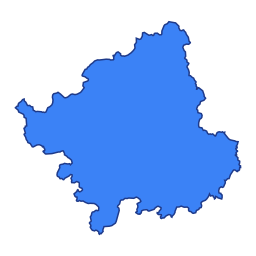 Ambohimahasoa, Haute Matsiatra, Madagascar
{"feature_id": "10022922B34392392155891", "entity_name": "Ambohimahasoa", "entity_type": "district", "adm_level": 2, "iso_a3": "MDG", "parent_name": "Madagascar", "parent_adm1": "Haute Matsiatra", "projection": "mercator", "projection_center": [47.173, -21.056], "detail": "fine", "context": "isolated", "style": "filled", "palette": "blue", "viewbox_px": 256, "rotation_deg": 0, "n_neighbors": 0, "source": "geoboundaries", "source_scale": "gbopen_adm2", "svg_char_len": 5797}
<svg xmlns="http://www.w3.org/2000/svg" viewBox="0 0 256 256"><path d="M204.1,95.0L202.7,90.8L198.7,87.7L198.1,87.8L197.0,89.2L196.6,89.2L196.9,87.0L196.1,86.1L196.2,84.8L195.4,83.5L196.0,82.1L195.9,81.6L194.7,80.5L193.6,78.1L192.1,77.3L190.4,75.7L189.0,75.5L189.2,72.3L188.5,69.8L187.0,67.0L187.2,65.9L188.4,64.5L188.8,63.3L187.0,62.0L186.9,60.4L186.6,59.7L184.8,58.5L184.7,57.9L185.7,56.3L185.4,51.9L184.1,50.5L182.8,47.4L183.6,45.3L186.4,44.1L188.7,44.3L190.3,42.8L190.3,42.4L189.1,41.3L188.3,37.2L186.3,34.3L185.6,32.3L184.4,31.2L183.8,30.1L183.2,29.9L181.7,30.7L180.1,30.4L178.8,27.9L178.9,26.2L175.6,22.9L168.9,21.7L167.3,23.7L164.9,24.7L164.1,25.6L161.9,31.0L161.8,34.0L161.1,34.8L159.4,34.8L157.4,33.2L155.2,33.2L154.4,33.5L153.7,35.2L153.0,35.6L151.6,34.6L149.0,35.3L144.3,32.4L142.6,32.9L142.3,36.2L140.8,39.0L139.4,39.4L136.3,38.2L136.4,42.4L134.6,44.7L135.0,47.8L134.7,48.7L133.3,50.6L131.1,52.8L127.9,55.1L124.5,56.3L123.9,55.9L123.1,56.1L121.4,55.8L120.6,55.1L120.6,53.8L118.1,51.9L116.4,52.6L114.8,55.1L113.1,55.5L113.1,56.0L114.0,56.6L113.6,57.8L113.8,59.2L113.3,59.8L110.6,60.0L109.6,59.4L106.2,59.2L99.5,60.0L97.5,59.9L94.6,61.0L93.0,62.7L90.4,64.6L89.0,66.5L87.6,67.3L86.8,69.0L85.1,69.4L82.3,74.5L82.1,75.6L82.4,76.0L85.1,76.8L87.0,78.3L87.9,78.5L88.4,79.5L88.2,80.5L87.6,81.0L83.4,82.5L82.9,85.9L84.2,87.7L81.3,91.6L80.4,92.5L77.1,94.2L75.0,94.6L72.4,94.0L70.9,94.4L67.5,97.2L65.4,97.8L64.3,97.6L60.4,94.0L58.0,92.3L56.7,93.1L53.8,93.7L52.7,95.0L52.4,97.2L53.0,100.0L52.7,102.8L51.9,104.8L50.0,106.6L47.8,107.7L46.0,111.9L45.5,112.2L44.4,112.5L43.6,112.1L42.3,112.3L41.6,111.8L37.5,111.4L35.7,111.7L34.4,110.7L33.3,110.3L32.7,106.9L31.1,106.7L29.7,105.4L27.9,105.6L27.4,105.3L25.8,102.2L24.3,100.9L24.1,99.0L22.6,99.6L21.1,101.5L19.0,102.9L18.2,104.2L18.1,106.0L16.8,106.3L15.4,107.8L18.2,110.2L18.7,112.0L23.1,114.1L24.0,115.2L24.1,117.3L26.1,118.3L26.7,125.9L25.3,126.2L25.2,127.5L24.0,128.3L25.4,133.2L24.1,134.2L24.2,134.7L25.7,137.3L26.3,139.6L27.5,141.1L27.7,142.2L28.1,142.7L30.2,143.5L32.3,146.8L33.3,146.9L36.9,145.0L39.2,144.7L41.8,145.7L42.5,146.9L43.5,146.5L44.3,148.6L44.8,149.1L44.8,150.2L44.3,150.9L43.4,150.9L43.1,151.6L45.4,153.9L46.0,154.0L52.0,153.6L58.4,152.0L60.1,152.0L60.8,151.4L62.9,150.8L63.4,151.1L64.5,153.5L64.5,154.8L66.8,156.2L67.9,157.5L69.4,158.3L71.5,160.2L72.2,163.0L70.4,164.8L69.6,163.7L67.9,164.0L64.4,163.4L63.4,164.0L60.5,164.6L59.7,165.2L59.5,166.1L59.8,167.7L57.3,172.8L57.0,174.8L57.2,175.7L57.5,176.3L59.1,177.1L60.1,178.7L61.9,178.5L63.1,179.6L63.7,179.7L64.9,178.2L69.0,176.0L70.6,174.5L72.0,174.8L72.2,176.1L71.0,178.3L71.8,180.2L71.5,181.7L71.7,182.6L74.5,182.8L76.7,181.5L79.0,182.5L79.3,183.3L79.2,186.8L80.2,187.7L81.8,188.2L82.4,189.3L82.4,190.1L80.7,191.5L79.6,191.8L78.5,191.1L78.3,190.1L77.8,189.7L77.3,190.1L76.8,191.5L74.0,193.9L75.0,196.3L75.8,197.0L77.0,197.1L77.0,199.2L76.4,200.2L76.7,201.0L78.0,201.3L79.6,200.5L80.9,201.2L83.1,201.0L85.4,202.4L88.2,203.5L90.2,203.3L94.2,203.5L96.1,204.5L98.5,206.8L98.8,207.8L98.5,210.4L97.4,210.7L96.6,210.3L95.5,210.5L94.2,211.7L92.4,212.1L91.8,213.0L91.3,215.4L90.3,216.9L91.2,220.7L91.0,221.5L89.8,222.3L89.4,223.0L90.6,224.8L90.9,226.1L90.4,226.6L90.3,227.4L91.7,229.6L92.4,230.3L94.6,230.9L95.7,230.2L97.0,230.5L98.8,232.0L98.9,233.7L99.5,234.3L100.8,233.3L101.2,233.6L103.1,231.4L102.8,230.0L104.0,226.6L109.4,226.2L111.8,225.6L115.4,223.1L116.2,221.4L119.2,210.5L118.9,208.2L117.5,207.0L117.7,205.9L119.6,203.9L120.4,200.7L121.2,200.0L123.1,199.9L124.9,198.4L127.2,198.5L128.7,198.0L133.8,198.3L136.3,197.1L137.8,197.7L139.1,198.8L139.6,198.9L140.9,201.2L140.3,202.0L137.2,203.6L137.1,204.2L137.7,205.1L137.9,207.1L136.9,209.4L137.2,211.4L135.9,212.2L135.8,212.6L138.1,214.1L140.0,214.2L140.1,213.5L141.2,213.0L141.6,210.8L143.5,210.0L146.4,209.7L147.6,210.1L147.7,210.6L148.9,211.1L154.2,209.3L155.1,208.0L157.3,206.4L158.4,206.3L160.8,207.5L161.1,207.9L160.8,209.4L159.3,211.0L158.8,212.3L158.2,212.7L157.2,212.6L157.2,213.4L158.3,214.5L161.3,214.7L161.4,215.7L160.4,216.9L160.7,218.1L161.4,218.5L162.7,217.9L164.0,218.0L166.2,215.8L168.9,214.5L170.8,215.1L171.1,216.7L171.9,217.2L172.2,216.2L174.0,214.3L175.0,212.4L175.0,211.4L176.7,207.1L179.3,206.9L181.2,206.1L184.1,207.2L187.2,207.1L188.5,208.0L188.8,208.7L188.5,210.0L189.2,211.3L190.9,211.6L192.5,213.1L193.4,213.3L195.7,212.7L196.4,210.5L198.8,209.4L199.4,208.1L201.2,207.5L201.6,206.1L201.6,205.2L201.0,203.6L201.2,202.4L202.7,201.3L205.3,200.3L206.7,199.0L208.6,196.3L209.5,193.9L210.6,196.0L212.3,195.5L213.1,195.9L213.3,196.8L214.2,197.5L214.5,198.9L215.4,198.3L215.7,196.4L216.7,196.7L217.9,197.8L221.7,199.0L222.1,197.5L222.1,195.0L221.1,194.3L220.9,193.4L219.1,193.0L218.9,192.4L218.7,190.6L219.4,188.1L221.2,186.8L222.3,187.4L223.5,186.9L225.3,182.9L225.2,181.4L224.7,180.3L226.0,180.4L227.6,178.7L229.1,178.6L230.4,174.8L233.4,170.2L234.1,169.9L235.3,170.2L237.0,171.5L237.6,171.5L237.9,170.6L238.9,170.5L239.5,169.8L239.7,167.5L240.6,167.5L240.5,165.8L239.6,165.5L239.0,164.3L239.6,163.1L239.7,161.2L238.0,160.1L237.7,159.0L238.0,157.9L235.5,155.2L236.6,154.8L236.0,154.1L236.3,153.4L236.1,152.5L237.5,151.3L237.4,150.8L236.6,150.4L235.8,148.7L236.0,148.2L237.1,147.9L237.1,146.9L236.4,146.6L236.3,146.1L237.3,144.7L238.1,141.7L235.9,141.5L234.9,140.9L230.3,139.9L228.6,138.8L224.5,133.7L224.7,132.2L223.4,132.6L222.5,131.8L221.4,132.3L219.7,131.8L218.2,132.0L217.0,132.8L215.6,135.9L215.1,136.0L212.7,133.9L211.1,134.4L210.3,133.9L208.7,134.3L207.6,133.3L206.6,131.1L204.6,130.2L203.3,130.4L201.9,127.8L199.7,127.5L198.9,126.9L198.6,125.4L198.7,122.6L199.7,119.3L201.1,118.4L201.8,117.4L202.1,115.3L201.3,113.6L197.9,112.6L197.7,110.1L196.8,109.5L196.7,108.6L197.7,106.0L199.8,104.3L200.6,101.5L203.9,100.3L205.6,98.2L204.2,96.5L204.1,95.0Z" fill="#3b82f6" stroke="#1e3a8a" stroke-width="1.5"/></svg>